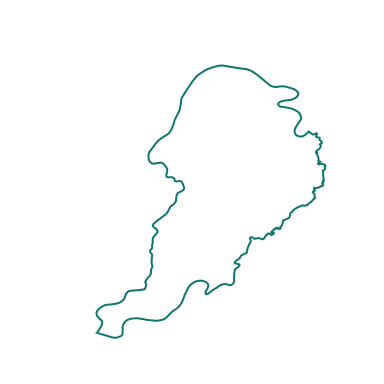 outline of Nhon Trach, Hồ Chí Minh city, Vietnam, rotated 69°
{"feature_id": "81297802B6615511759285", "entity_name": "Nhon Trach", "entity_type": "district", "adm_level": 2, "iso_a3": "VNM", "parent_name": "Vietnam", "parent_adm1": "Hồ Chí Minh city", "projection": "equal_earth", "projection_center": [106.926, 10.654], "detail": "fine", "context": "isolated", "style": "outline", "palette": "teal", "viewbox_px": 384, "rotation_deg": 69, "n_neighbors": 0, "source": "geoboundaries", "source_scale": "gbopen_adm2", "svg_char_len": 5980}
<svg xmlns="http://www.w3.org/2000/svg" viewBox="0 0 384 384"><g transform="rotate(69 192 192)"><path d="M289.3,331.1L289.4,330.8L291.6,328.6L293.4,326.0L298.6,319.4L299.9,317.3L300.6,315.8L300.9,314.5L301.1,313.0L301.1,310.5L300.9,309.5L300.5,308.7L300.1,308.0L299.3,307.5L297.1,306.6L294.0,305.5L293.0,305.1L291.4,303.9L290.5,302.9L289.7,301.9L289.0,300.5L288.3,298.1L288.3,296.9L288.4,294.7L288.9,292.5L289.9,289.3L290.8,287.3L293.3,282.9L295.4,279.6L299.2,272.1L299.8,270.3L300.5,266.9L300.7,265.1L300.5,262.6L299.7,260.3L297.2,254.9L296.5,253.1L295.1,247.2L294.0,244.7L291.8,241.5L289.7,239.4L285.2,235.4L280.1,229.9L278.4,227.3L277.4,224.4L277.1,222.9L276.9,220.1L277.3,217.6L277.8,215.7L278.6,214.4L280.0,212.3L280.8,211.4L282.7,210.4L283.6,210.1L285.1,210.2L285.9,210.6L287.1,211.7L289.8,214.8L290.4,215.3L291.5,215.8L292.3,215.5L292.6,215.3L292.8,214.0L290.6,205.9L290.3,203.4L289.2,199.6L289.2,198.4L289.4,195.0L290.0,193.6L292.4,190.3L292.7,189.5L292.8,188.9L292.7,187.8L292.3,186.6L291.9,185.9L291.2,185.2L289.1,184.2L284.4,182.3L281.7,180.9L279.7,179.5L279.0,177.8L278.4,175.4L277.8,174.3L277.4,173.8L276.6,173.9L276.3,174.0L274.8,176.3L273.9,177.5L273.3,177.5L272.7,177.0L271.6,174.2L271.0,171.6L270.6,170.8L269.4,169.6L269.1,169.1L268.8,168.0L268.5,164.0L268.2,162.6L264.9,160.6L263.9,159.8L262.8,158.9L261.9,157.7L261.2,157.3L261.0,156.8L258.8,154.6L256.0,154.5L255.5,154.1L255.3,153.1L255.7,152.3L256.7,151.4L258.0,150.6L258.8,146.6L259.9,144.8L261.3,143.3L261.5,142.6L261.2,141.5L259.5,139.2L258.2,136.7L258.1,136.2L258.2,135.3L258.6,134.7L259.5,134.0L260.2,133.7L260.6,133.2L260.7,132.7L260.3,130.7L259.8,130.3L259.4,130.4L259.0,130.8L258.5,132.3L258.1,132.4L257.5,132.0L257.4,131.6L257.4,131.2L257.1,130.4L256.4,129.2L256.2,129.0L256.2,128.6L256.6,128.1L256.6,127.7L255.8,127.1L255.7,126.7L256.0,125.1L256.2,124.7L257.4,124.8L257.6,124.6L257.8,122.4L257.6,122.3L256.4,122.2L256.2,121.9L256.0,121.0L255.2,119.9L254.5,119.2L253.0,118.2L251.2,117.3L251.2,116.9L251.5,116.6L251.5,116.3L251.0,113.9L251.2,112.7L250.9,110.6L250.4,109.9L247.5,108.1L246.9,107.5L245.8,104.9L245.7,104.3L244.9,102.7L244.1,98.6L244.2,96.6L244.1,93.5L245.2,91.3L245.4,89.8L245.7,89.4L245.4,89.0L245.0,88.3L243.7,83.7L242.6,81.7L241.8,79.3L241.4,79.2L240.1,79.3L239.6,79.1L238.5,78.5L237.8,78.3L235.7,79.4L235.1,79.1L235.0,78.9L234.8,77.2L234.7,76.8L234.1,77.2L233.4,76.6L232.6,76.9L231.9,76.4L232.3,76.0L232.8,75.1L232.9,74.7L232.9,73.3L233.2,72.5L233.2,70.7L232.8,69.7L233.0,68.0L232.9,67.5L232.5,67.1L230.6,67.4L230.4,66.1L229.1,66.1L229.0,65.4L228.5,65.4L228.5,64.8L223.3,63.6L222.8,63.2L219.5,62.4L218.9,62.0L218.9,60.8L218.6,60.3L218.1,59.9L217.9,59.2L217.6,59.0L216.0,59.1L215.4,58.0L214.7,58.1L214.3,58.4L212.6,60.1L211.8,62.0L211.7,62.6L211.7,63.7L211.4,64.1L210.7,64.2L209.7,61.4L208.2,62.9L207.7,62.7L206.6,61.9L201.9,61.6L201.6,61.6L201.1,62.0L200.7,62.0L200.4,61.8L200.3,61.3L199.9,61.1L199.7,61.2L199.5,62.0L199.2,62.0L198.1,60.8L197.7,58.5L196.6,56.4L196.2,56.0L194.6,55.1L193.9,55.5L193.3,55.5L193.2,55.3L192.8,53.4L192.4,53.0L191.4,52.9L190.6,53.5L189.4,54.0L188.4,53.9L187.5,53.5L187.1,53.5L186.2,54.6L185.6,55.9L185.1,56.3L184.4,56.2L183.9,55.8L182.9,54.7L182.3,54.4L182.0,54.6L181.8,54.8L181.7,55.3L181.9,57.8L181.6,58.6L181.5,58.8L177.4,61.3L179.0,65.1L179.4,66.6L179.6,68.5L179.5,69.6L179.3,70.4L178.4,72.2L176.9,73.8L175.9,74.5L175.0,74.7L173.9,74.8L172.6,74.7L171.5,74.2L170.4,73.5L169.2,72.5L167.2,69.9L163.5,64.6L162.3,63.8L161.6,63.5L159.6,63.2L157.9,63.3L156.7,63.6L154.1,65.0L150.9,67.9L149.3,69.8L146.0,75.1L144.3,78.5L144.0,78.9L143.5,79.3L142.2,80.0L141.6,80.1L140.8,80.0L140.0,79.4L139.7,78.7L139.4,77.0L139.5,75.0L140.0,72.3L141.2,67.6L141.4,66.3L141.5,64.8L141.4,62.7L141.2,61.3L141.0,60.7L140.4,59.6L139.7,58.6L139.0,57.9L138.4,57.5L137.8,57.3L136.6,57.5L134.1,58.7L132.7,59.8L131.4,61.3L127.1,66.9L125.7,69.5L124.0,76.2L122.4,79.1L120.8,80.6L118.8,81.9L109.8,86.9L103.5,90.8L101.0,92.6L99.8,93.6L98.4,95.1L96.6,97.4L96.1,98.3L93.7,103.1L84.8,118.2L83.8,121.5L83.5,123.4L83.0,128.8L82.9,133.3L83.1,135.2L83.5,138.1L84.9,144.2L85.4,145.6L88.8,151.8L91.0,154.7L94.4,159.9L100.2,167.5L100.8,168.1L102.5,169.3L105.1,170.5L108.9,172.8L111.5,174.6L112.9,176.0L116.9,180.6L118.9,182.6L122.6,185.4L125.8,188.4L127.8,190.6L129.1,193.1L129.8,196.3L130.9,201.4L131.7,204.5L133.5,208.1L139.4,217.4L140.8,218.6L141.9,219.5L145.1,220.4L146.7,220.7L148.3,220.7L150.1,219.8L151.2,218.7L151.7,217.8L152.2,216.4L152.8,212.7L153.5,210.3L155.2,208.7L156.3,208.2L159.3,207.2L160.5,207.0L161.7,207.0L162.6,207.2L163.7,207.7L166.6,209.7L167.6,210.2L168.1,210.4L168.7,210.2L169.5,209.6L169.9,208.8L170.7,206.1L171.4,204.9L172.9,203.8L173.5,203.7L175.4,203.9L175.8,203.7L176.3,203.2L176.6,202.5L177.1,200.4L177.3,199.8L178.1,198.5L178.5,198.1L180.6,197.7L183.7,197.7L184.8,197.8L186.4,198.5L186.9,199.4L187.5,201.6L187.7,204.3L188.0,205.8L189.1,207.2L190.2,207.9L191.5,208.7L194.1,209.9L194.8,210.3L196.4,212.5L197.0,214.1L197.8,217.3L201.2,221.0L202.6,222.8L203.3,224.1L206.6,235.5L207.6,238.4L208.4,239.8L208.8,240.3L209.4,240.6L210.1,240.7L211.7,240.0L213.7,238.6L214.4,238.3L215.2,238.2L216.6,238.4L217.2,238.8L217.7,239.5L220.3,244.2L221.1,245.0L222.0,245.6L225.2,246.8L227.9,248.7L229.2,248.8L229.7,249.0L230.3,249.6L231.4,251.6L231.8,252.0L232.5,252.4L233.1,252.5L234.4,252.3L236.1,251.7L236.6,251.7L239.1,253.1L243.5,255.1L247.5,255.7L248.0,256.1L250.0,258.2L250.5,258.5L252.4,259.0L253.1,259.4L254.0,260.3L254.6,260.9L257.6,266.0L258.8,267.6L259.5,268.0L261.1,267.7L262.0,267.9L262.5,268.1L264.3,269.5L265.8,270.9L265.0,275.1L263.4,280.8L262.3,284.3L262.0,286.5L262.0,287.2L262.4,288.2L263.0,289.5L264.2,290.9L266.8,292.8L267.6,294.0L268.3,295.1L268.9,297.1L269.3,299.1L269.3,301.1L268.9,303.9L267.4,310.0L266.5,312.7L266.5,314.8L266.8,317.2L267.3,319.6L267.9,321.3L269.0,322.9L269.9,324.0L271.2,324.7L273.2,325.0L274.7,324.7L277.5,323.6L279.2,322.6L280.4,322.2L282.1,322.7L284.3,324.4L285.9,326.2L289.3,331.1Z" fill="none" stroke="#0f766e" stroke-width="2"/></g></svg>